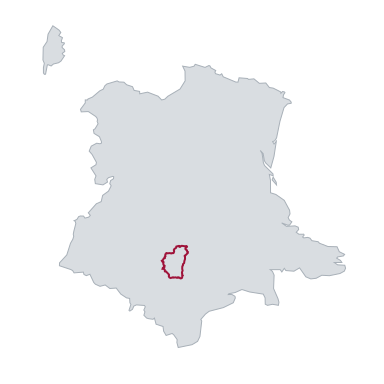 location of Seien-et-Marne within France, rotated 184°
{"feature_id": "FRA-5342", "entity_name": "Seien-et-Marne", "entity_type": "Metropolitan department", "adm_level": 1, "iso_a3": "FRA", "parent_name": "France", "parent_adm1": "", "projection": "mercator", "projection_center": [2.98, 48.614], "detail": "fine", "context": "in_parent", "style": "outline", "palette": "rose", "viewbox_px": 384, "rotation_deg": 184, "n_neighbors": 0, "source": "natural_earth", "source_scale": "10m", "svg_char_len": 6429}
<svg xmlns="http://www.w3.org/2000/svg" viewBox="0 0 384 384"><g transform="rotate(184 192 192)"><path d="M307.6,155.1L304.9,156.6L303.3,159.6L301.6,160.3L298.5,160.4L297.0,158.5L293.3,159.7L291.8,161.6L294.0,164.0L286.6,173.6L281.9,176.1L280.9,182.4L275.4,187.0L273.3,191.9L273.2,192.9L274.6,194.5L274.0,197.7L271.2,199.8L271.2,201.8L272.0,202.1L276.3,200.5L277.9,198.6L277.0,196.0L281.3,192.9L289.0,193.6L289.9,197.8L288.9,201.4L294.5,209.0L289.7,212.5L289.4,214.9L294.3,222.5L297.4,225.6L295.7,230.7L290.5,234.0L287.2,233.7L285.7,234.5L285.9,236.1L288.2,240.7L293.8,243.6L294.7,247.1L293.1,248.3L290.5,253.5L291.6,256.0L291.2,257.2L291.8,258.9L293.3,260.6L301.0,265.0L308.1,264.2L309.0,266.7L304.7,273.4L304.9,276.4L302.7,276.5L302.3,277.5L298.0,279.7L291.0,286.5L287.7,288.4L286.4,291.8L284.5,293.8L274.4,297.6L272.5,296.7L267.6,296.8L264.6,294.4L258.7,292.9L256.8,289.3L251.3,288.7L251.0,286.3L243.3,288.5L232.5,285.2L228.7,281.7L225.6,282.7L222.8,285.8L211.1,293.9L206.6,302.4L207.4,312.1L210.1,316.9L203.0,316.2L198.8,317.6L197.7,319.6L187.7,317.2L184.0,319.3L183.0,319.1L181.7,317.1L176.8,314.8L177.5,313.2L176.8,311.7L172.2,310.6L170.6,312.0L168.9,309.1L155.9,304.7L153.8,304.8L153.0,309.2L144.6,309.1L143.4,308.3L138.1,309.2L132.4,305.1L126.0,305.9L122.1,301.6L118.3,301.3L113.0,299.1L110.5,298.0L110.2,296.7L108.6,298.6L106.6,298.2L106.2,297.6L107.5,295.3L107.8,292.5L101.1,290.5L99.3,288.5L99.3,287.4L102.9,286.5L106.1,282.6L109.2,268.6L111.4,251.9L113.1,248.8L115.1,247.9L113.5,245.6L111.4,248.6L112.7,233.2L115.1,221.5L120.7,226.3L122.0,228.3L123.7,235.3L126.8,238.2L124.8,235.4L122.8,226.1L121.5,223.5L112.5,215.7L112.2,213.9L116.1,214.9L114.5,209.0L113.6,196.7L108.2,195.4L99.4,190.1L93.4,180.6L92.7,177.0L94.3,173.2L92.9,170.8L90.3,169.2L92.3,165.9L94.1,165.6L100.4,167.4L95.3,164.3L86.9,165.4L83.6,164.3L83.0,162.0L85.2,159.1L82.4,157.3L77.7,157.7L77.1,156.9L78.5,154.8L77.3,154.0L73.4,154.8L71.1,154.2L69.0,151.8L62.7,151.2L61.3,149.8L52.6,147.1L43.5,147.5L40.9,142.7L35.4,140.4L36.5,138.8L42.1,137.4L43.1,136.1L39.1,134.1L37.6,132.1L45.1,131.6L41.7,129.5L34.5,129.6L33.5,126.7L34.5,123.7L38.7,121.0L49.1,118.1L56.7,118.0L62.1,114.6L67.4,113.6L72.5,115.3L79.4,123.8L84.8,120.1L92.9,120.2L94.6,122.3L96.8,118.5L98.6,120.7L108.5,120.0L106.2,118.4L104.3,114.8L103.9,101.4L98.8,91.6L97.6,88.1L97.9,85.0L103.8,85.6L108.8,84.2L111.1,85.2L111.7,91.5L113.8,95.1L127.5,96.3L135.4,98.2L142.0,94.7L148.2,93.1L148.7,92.2L145.1,92.6L141.9,91.0L141.4,89.3L143.1,84.4L152.6,78.9L166.6,74.2L170.1,71.1L174.3,65.5L173.3,64.0L174.0,48.5L176.0,43.4L181.3,39.7L194.9,35.9L196.6,40.9L196.5,43.7L200.1,48.1L201.9,49.5L207.8,47.1L210.6,51.2L211.5,55.8L218.6,57.6L220.7,63.6L222.0,62.3L226.4,62.6L228.5,63.1L231.4,65.7L230.6,69.2L231.8,70.9L230.6,74.2L231.5,75.5L239.6,75.5L242.1,74.1L243.2,70.8L245.7,68.9L246.6,69.5L245.1,75.6L246.2,77.1L246.8,81.5L249.9,81.8L255.9,85.2L260.9,90.9L267.2,90.0L272.1,93.2L277.2,91.5L282.0,93.3L283.7,94.9L288.1,102.8L291.6,101.2L294.0,102.2L294.8,104.5L304.0,103.1L305.6,105.3L307.5,106.2L319.1,109.2L319.2,112.1L312.5,120.5L309.6,132.4L307.6,136.5L306.9,139.6L307.5,141.6L307.1,144.8L305.7,152.4L306.5,154.7L307.6,155.1ZM348.9,305.7L348.3,310.1L349.9,313.3L350.5,326.0L347.1,332.0L346.6,339.4L342.4,348.1L335.9,344.2L334.0,342.0L335.8,338.7L332.0,336.9L332.9,333.7L332.5,332.1L329.9,331.9L329.7,331.0L331.7,328.5L331.6,327.0L329.1,325.0L328.7,323.3L331.1,321.3L330.0,319.6L328.6,319.1L331.9,313.4L334.2,311.6L339.2,310.0L341.3,307.9L344.6,309.0L345.2,308.5L346.3,299.3L347.5,299.1L348.5,300.4L348.9,305.7ZM112.9,209.7L112.1,212.5L108.7,207.7L108.2,205.0L112.9,209.7Z" fill="#d9dde1" stroke="#a8b0b8" stroke-width="1"/><path d="M191.9,131.3L191.9,130.9L192.0,130.8L194.0,128.5L194.7,128.1L194.9,127.7L194.5,127.3L194.4,127.0L194.4,125.8L194.3,125.2L194.3,124.5L194.7,123.1L194.8,122.4L194.9,120.7L195.2,120.2L195.7,119.7L196.0,119.3L195.9,118.6L195.9,118.2L196.0,117.9L196.2,117.7L196.4,117.4L196.5,116.7L196.4,114.8L196.3,114.2L195.9,113.1L196.0,112.5L196.3,111.6L196.4,111.0L196.4,110.5L195.9,109.3L196.0,108.9L196.1,108.6L196.0,108.2L195.8,108.0L195.5,107.9L195.8,107.3L195.9,106.0L196.2,105.4L197.1,105.0L197.7,105.1L198.1,105.5L198.3,105.7L198.6,105.7L199.0,105.5L199.4,105.8L199.6,105.9L199.8,106.0L200.0,106.0L200.2,105.9L200.3,105.8L200.4,105.6L200.7,105.4L200.9,105.3L201.1,105.4L202.3,105.7L204.0,105.4L204.4,105.3L204.6,105.3L204.9,105.6L205.1,105.6L205.5,105.3L205.8,105.2L206.1,105.1L206.4,105.1L206.7,105.0L207.2,104.7L208.5,105.1L208.7,105.3L208.9,105.6L209.3,106.4L209.3,106.7L209.2,107.0L209.1,107.3L209.1,107.5L209.2,107.9L209.3,108.1L212.5,111.0L212.8,111.1L213.1,110.8L213.3,110.8L213.5,110.9L213.5,111.1L213.6,111.7L213.7,112.1L213.7,112.3L213.9,112.6L214.7,113.2L215.1,113.4L215.4,113.4L216.0,113.3L215.9,114.0L215.7,114.4L215.5,114.5L214.7,114.5L214.4,114.7L214.5,114.9L214.8,115.1L214.8,115.3L214.7,115.5L214.4,115.8L214.2,116.0L214.2,116.3L214.2,116.6L214.4,116.7L214.6,116.7L214.8,116.7L214.8,116.8L215.0,117.1L215.3,117.4L215.4,117.5L215.5,117.8L215.5,118.0L215.6,118.5L215.7,118.8L215.5,119.6L215.5,120.0L215.6,120.3L215.8,120.4L216.0,120.4L216.4,120.2L216.5,120.3L216.8,120.6L217.3,121.3L216.3,122.1L216.0,122.7L215.8,123.3L215.6,123.7L215.4,123.9L215.1,124.0L214.9,124.0L214.5,124.1L214.4,124.2L214.4,124.4L214.5,124.6L214.7,125.0L214.7,125.3L214.2,125.7L214.1,125.9L214.0,126.1L214.3,126.6L214.3,126.9L214.2,127.3L214.1,127.7L214.2,128.0L213.6,128.6L213.3,129.3L213.1,129.3L212.9,129.3L212.4,129.2L212.2,129.1L210.0,129.5L209.6,129.5L209.4,129.4L208.3,129.3L208.1,129.4L207.9,129.4L207.8,129.5L207.6,129.7L206.4,129.7L206.2,129.8L206.1,130.2L206.0,130.5L205.8,130.8L205.8,131.0L205.7,131.3L205.7,131.5L205.7,131.9L205.8,132.2L205.9,132.4L206.0,132.6L206.1,132.8L206.0,133.0L205.9,133.2L205.8,133.4L205.6,133.9L205.5,134.1L205.2,134.3L204.5,134.7L204.3,134.9L204.1,135.1L204.0,135.3L203.9,135.7L203.9,136.1L203.8,136.5L201.5,137.3L201.2,137.3L200.9,137.3L200.9,137.1L201.0,136.9L201.1,136.7L200.7,136.4L200.1,136.4L199.8,136.6L199.6,136.8L199.4,137.0L199.2,137.2L198.7,137.5L198.4,137.6L195.4,137.4L195.0,137.4L194.3,137.6L193.9,137.7L193.6,137.6L193.4,137.4L193.2,137.2L193.3,136.8L193.4,136.6L193.5,136.5L194.3,136.6L194.5,136.5L194.5,136.3L194.5,136.1L194.4,135.8L194.3,135.7L194.6,135.3L194.6,135.1L194.6,134.8L194.5,134.5L194.2,134.2L192.9,133.4L192.9,133.2L192.6,132.0L192.5,131.7L192.1,131.2L191.9,131.3Z" fill="none" stroke="#9f1239" stroke-width="2"/></g></svg>